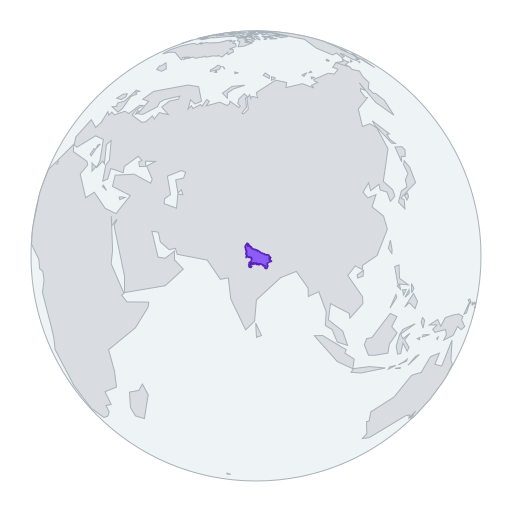 the Earth from above Uttar Pradesh
{"feature_id": "IND-3253", "entity_name": "Uttar Pradesh", "entity_type": "State", "adm_level": 1, "iso_a3": "IND", "parent_name": "India", "parent_adm1": "", "projection": "orthographic", "projection_center": [80.221, 27.157], "detail": "fine", "context": "on_globe", "style": "filled", "palette": "violet", "viewbox_px": 512, "rotation_deg": 0, "n_neighbors": 0, "source": "natural_earth", "source_scale": "10m", "svg_char_len": 15539}
<svg xmlns="http://www.w3.org/2000/svg" viewBox="0 0 512 512"><circle cx="256" cy="256" r="225" fill="#eef3f6" stroke="#a8b0b8"/><path d="M323.1,41.0L336.6,47.0L346.9,51.4L339.9,49.0L363.6,59.9L374.8,67.7L358.4,57.5L353.8,55.6L359.6,59.8L356.2,58.9L357.0,60.6L352.3,59.3L343.1,54.2L339.9,53.4L344.2,56.5L342.3,57.7L336.5,53.1L332.5,54.9L316.3,48.1L304.5,39.3L291.7,36.8L269.7,31.9L268.0,32.3L258.5,31.5L253.0,31.9L250.5,31.5L248.2,32.2L251.6,32.6L251.7,33.2L248.8,33.6L245.0,32.9L246.0,32.6L243.3,32.7L242.7,32.3L241.4,32.7L237.2,32.3L236.9,33.5L229.9,33.8L228.4,33.4L234.3,32.4L242.1,31.1L258.5,30.7L274.9,31.5L291.2,33.5L307.3,36.6L323.1,41.0ZM215.0,34.5L217.4,34.1L210.4,35.5L201.2,37.6L197.6,38.4L215.0,34.5ZM192.7,39.8L191.7,40.2L181.6,43.4L192.7,39.8ZM355.1,55.2L351.6,53.1L356.2,55.6L355.1,55.2ZM357.9,61.1L360.0,62.1L359.5,62.6L357.9,61.1ZM220.9,33.5L219.1,33.8L220.9,33.5ZM224.5,33.0L225.7,32.8L227.7,32.5L226.8,32.7L224.5,33.0ZM352.0,61.3L350.6,62.1L350.5,60.3L352.0,61.3ZM222.4,33.4L230.9,32.2L234.2,31.8L233.8,32.2L222.4,33.4ZM348.8,62.0L345.5,64.7L349.9,67.0L335.7,62.6L343.2,61.4L342.2,58.7L345.4,61.0L348.8,62.0ZM253.9,32.6L250.2,32.2L256.0,32.2L253.9,32.6ZM257.6,32.5L275.3,32.9L279.3,34.1L272.6,33.5L279.9,35.2L273.2,35.5L267.6,34.7L266.4,33.7L264.7,34.7L257.6,32.5ZM328.4,60.1L326.2,60.3L326.7,59.2L328.4,60.1ZM252.2,33.4L255.4,33.2L259.1,34.2L253.4,34.8L254.0,34.3L252.2,33.4ZM285.2,35.7L286.9,36.8L281.9,37.3L281.9,37.8L273.4,35.7L285.2,35.7ZM251.7,34.3L250.3,35.2L245.9,35.2L249.3,33.8L251.7,34.3ZM262.5,34.2L264.0,34.8L261.3,34.6L262.5,34.2ZM229.4,36.7L233.2,35.9L235.5,36.3L229.4,36.7ZM250.1,35.6L251.7,35.6L253.0,35.7L251.2,36.4L250.1,35.6ZM270.5,36.4L268.0,36.5L273.7,37.2L270.2,38.0L265.1,36.5L265.8,37.4L264.8,37.7L261.8,36.3L270.5,36.4ZM253.4,37.7L245.7,36.7L238.2,37.7L236.0,37.3L248.5,35.9L253.4,37.7ZM258.6,37.0L254.8,37.3L254.0,36.4L256.0,35.7L258.6,37.0ZM269.6,39.1L276.3,38.3L277.2,38.7L269.6,39.1ZM251.3,38.1L253.2,38.4L250.9,38.3L251.3,38.1ZM264.2,38.9L266.4,38.5L267.4,38.9L264.2,38.9ZM255.1,39.5L252.7,39.0L254.0,38.4L255.1,39.5ZM259.4,39.3L260.2,40.0L255.9,38.5L260.3,39.0L259.4,39.3ZM264.7,39.4L266.0,39.5L263.6,39.5L264.7,39.4ZM251.6,42.4L245.9,40.6L248.8,39.0L253.9,41.0L251.6,42.4ZM40.2,191.2L43.2,182.9L48.6,169.3L73.6,144.5L73.5,151.7L87.0,161.4L87.7,165.0L80.2,173.9L85.6,197.8L94.3,192.2L105.1,208.3L116.0,213.6L130.3,195.6L112.5,186.4L115.2,175.2L134.2,174.2L150.6,183.2L152.2,179.2L146.7,166.1L155.5,161.4L145.4,161.2L145.8,166.3L139.5,166.6L138.7,162.0L141.9,160.3L138.3,156.3L124.3,166.4L123.2,172.7L110.8,168.5L107.8,178.9L102.7,181.2L105.9,164.8L109.4,160.2L111.2,140.4L106.4,144.6L104.4,163.9L102.8,161.1L96.3,168.0L100.0,160.5L103.4,139.4L95.6,135.8L76.9,147.2L74.2,144.7L75.8,137.0L91.3,119.7L95.7,127.5L101.3,122.4L107.9,111.6L108.7,115.2L111.9,112.0L114.3,114.9L125.0,111.2L128.6,113.6L139.9,105.2L143.2,105.6L135.6,110.3L132.2,115.2L141.9,122.4L145.8,121.7L152.4,115.9L154.2,119.1L159.4,112.6L168.4,114.6L161.7,107.1L169.2,101.2L178.5,99.1L179.8,96.1L164.6,99.6L159.6,102.4L157.3,106.8L142.8,114.4L137.9,113.7L148.6,101.3L142.8,99.2L153.6,91.4L188.0,85.0L198.7,86.7L201.5,101.4L194.9,104.0L190.6,99.8L188.0,109.1L191.4,105.7L192.9,108.6L200.5,104.5L201.9,106.4L206.7,99.5L209.4,101.4L206.3,105.8L219.7,102.2L227.1,105.5L229.5,103.8L229.9,101.2L238.9,107.6L240.3,106.2L237.8,103.4L238.9,98.9L244.3,93.8L247.1,96.3L245.5,98.4L246.5,107.2L241.9,113.2L243.7,113.8L248.3,109.2L247.1,98.4L249.6,94.7L251.1,99.4L250.7,97.4L252.8,96.4L257.6,97.8L256.3,92.6L275.6,80.2L286.7,82.5L285.9,87.6L302.4,83.7L313.7,88.0L311.4,85.3L317.7,82.4L314.3,81.0L313.7,79.5L328.4,73.2L334.1,74.1L337.9,69.7L336.7,68.5L332.7,67.4L335.7,62.6L349.9,67.0L351.8,69.4L359.4,71.0L362.8,76.6L369.0,82.5L368.3,88.6L373.4,93.3L375.8,93.5L384.4,100.4L393.9,115.2L375.6,102.3L359.3,82.9L365.1,90.3L360.6,88.6L360.7,91.4L365.1,97.1L367.5,97.7L358.3,109.0L362.4,126.5L369.8,123.8L376.8,127.9L388.0,148.7L383.3,181.4L392.7,189.7L394.9,196.1L390.3,201.4L387.0,192.1L380.2,190.0L379.0,184.3L370.6,190.7L368.6,182.9L363.0,192.2L367.8,197.8L376.0,194.6L372.1,206.9L383.5,216.0L387.4,229.1L377.1,255.4L362.7,265.3L362.3,269.6L355.2,265.9L347.8,275.5L362.6,296.8L362.9,303.6L349.9,318.2L349.3,313.4L330.5,303.6L328.4,319.8L342.7,331.1L347.6,345.4L337.3,342.1L332.1,329.5L325.4,325.6L326.2,311.8L318.8,291.7L308.3,296.5L308.1,288.1L296.3,271.4L280.7,277.6L256.4,300.0L254.6,321.1L245.6,329.9L230.8,299.0L228.3,277.9L220.4,279.3L207.3,260.1L177.3,254.3L175.3,248.3L169.2,249.7L160.4,242.0L158.3,232.2L151.9,231.2L158.0,257.0L165.2,258.3L174.4,251.1L174.5,259.8L183.3,269.1L165.2,285.7L124.5,292.6L124.5,276.2L114.0,225.2L116.5,220.8L116.6,220.2L116.8,219.2L111.7,225.9L111.3,216.1L112.6,250.2L111.1,263.6L123.9,293.3L121.7,295.1L127.0,301.9L148.8,302.1L148.1,307.2L135.4,327.8L108.6,349.7L114.5,371.1L116.5,387.1L105.0,391.7L111.2,404.6L106.0,405.4L109.2,411.9L107.9,416.0L104.0,417.5L91.6,408.6L86.7,402.3L74.2,386.0L55.1,349.5L53.8,337.8L51.0,325.6L42.5,292.6L44.0,279.7L42.8,271.5L39.7,268.8L38.8,259.0L37.3,256.2L31.5,244.0L32.5,228.6L39.6,193.4L40.2,191.2ZM58.7,161.0L56.5,164.7L58.7,161.0ZM164.0,203.6L176.5,208.2L177.9,193.9L182.8,194.7L181.4,189.8L177.9,192.9L175.7,179.9L183.6,178.0L185.6,172.3L181.5,170.5L167.4,176.2L170.5,194.5L164.6,198.8L164.0,203.6ZM127.3,93.8L125.7,97.0L121.2,99.6L116.7,98.2L123.2,94.2L127.3,93.8ZM124.5,101.1L136.3,90.2L139.6,91.2L135.7,92.3L136.7,94.1L130.8,96.5L122.3,108.8L117.8,112.1L112.0,106.7L116.4,106.4L117.7,103.0L124.5,101.1ZM160.8,66.0L166.0,62.8L166.3,68.9L161.5,71.3L156.7,69.5L159.6,65.8L160.8,66.0ZM220.1,35.0L222.0,34.5L223.1,34.5L222.3,35.0L220.1,35.0ZM231.0,36.3L212.6,37.9L213.9,37.2L201.6,39.8L200.2,39.1L208.3,37.3L198.0,39.1L204.7,37.2L197.3,38.8L215.4,34.9L221.0,33.8L215.2,35.2L216.3,35.8L218.5,35.7L228.8,34.8L241.5,33.3L244.6,34.2L243.4,35.2L240.8,35.7L239.6,34.9L237.1,36.1L233.4,35.4L231.0,36.3ZM228.0,54.7L227.7,52.2L221.9,57.2L218.2,55.4L217.8,56.1L212.7,55.9L205.9,57.2L205.0,56.1L202.7,57.1L199.3,57.3L195.9,58.4L193.2,57.0L188.7,58.3L190.0,56.9L183.0,59.8L187.0,57.1L183.0,57.4L181.3,59.9L175.0,52.3L169.3,52.2L162.5,53.9L170.1,49.8L181.5,45.9L193.4,43.4L197.7,44.5L200.4,42.8L203.3,43.0L200.0,44.3L206.8,42.4L208.3,43.0L218.9,42.6L227.8,40.3L231.9,40.3L229.2,41.6L235.2,40.8L232.8,43.3L235.7,43.5L236.1,46.5L229.2,49.2L232.9,49.3L233.5,51.9L228.0,54.7ZM251.5,43.2L244.0,46.2L238.2,46.8L239.8,41.5L237.5,40.9L238.3,38.2L246.6,37.5L245.6,38.2L246.6,38.9L243.6,38.8L246.7,39.4L245.4,40.6L247.5,41.5L244.5,42.1L251.5,43.2ZM92.1,163.0L93.3,164.8L96.0,166.5L92.0,171.2L92.1,163.0ZM94.1,148.5L95.7,149.1L91.3,155.9L90.1,154.3L94.1,148.5ZM100.4,144.0L96.2,148.6L97.7,145.1L100.4,144.0ZM137.5,110.7L139.7,111.2L138.4,112.8L135.5,114.3L137.5,110.7ZM210.2,71.5L210.9,69.4L212.4,69.2L218.0,65.2L221.2,66.6L219.1,69.5L210.2,71.5ZM125.1,197.5L119.8,199.7L119.1,197.1L121.1,196.8L125.1,197.5ZM103.4,185.1L106.6,190.5L102.3,186.3L103.4,185.1ZM214.6,72.3L216.5,70.4L216.9,72.3L214.6,72.3ZM223.9,67.4L225.0,69.3L222.3,66.3L223.9,67.4ZM226.9,473.1L230.9,474.4L227.1,474.1L226.9,473.1ZM148.2,394.8L144.4,418.6L135.5,415.9L130.4,407.4L129.5,392.1L138.8,390.4L142.4,384.0L148.2,394.8ZM395.0,368.4L400.3,367.6L400.0,368.6L395.0,368.4ZM389.7,366.9L395.9,365.4L388.4,369.1L389.7,366.9ZM398.2,364.9L404.5,361.3L407.2,359.1L406.6,361.0L398.2,364.9ZM385.4,368.0L361.0,373.0L351.0,372.3L353.6,368.6L369.7,366.6L385.4,368.0ZM352.8,368.7L337.3,361.6L314.3,335.7L322.6,335.5L346.3,349.8L344.8,353.0L354.2,359.1L352.8,368.7ZM389.4,344.0L387.9,353.1L374.7,355.3L368.5,355.2L364.3,344.7L366.7,338.5L371.8,337.7L390.3,313.4L397.0,316.7L391.7,326.6L397.1,333.0L389.4,344.0ZM255.7,323.1L261.5,335.5L256.5,337.4L255.7,323.1ZM396.8,297.3L390.0,308.1L395.9,294.5L396.8,297.3ZM399.6,285.0L400.6,289.4L397.1,285.8L399.6,285.0ZM363.1,276.1L357.7,278.1L357.1,274.9L363.6,270.3L363.1,276.1ZM390.4,240.2L392.1,249.9L391.8,253.5L388.4,248.2L390.4,240.2ZM244.8,85.2L233.4,88.9L227.4,93.2L227.3,98.1L222.5,93.2L231.9,86.4L244.8,85.2ZM271.5,80.3L271.5,76.7L274.7,77.6L275.2,78.6L271.5,80.3ZM269.2,78.5L263.2,75.3L265.3,72.9L269.6,75.9L269.2,78.5ZM238.5,72.8L234.9,73.6L234.7,72.0L238.5,72.8ZM416.2,414.3L416.9,413.7L413.0,417.5L410.3,419.4L413.6,414.2L409.6,417.9L415.7,411.1L408.8,418.1L409.6,414.9L405.5,415.8L369.0,437.7L362.4,438.5L366.9,433.6L366.5,421.6L369.0,421.2L370.9,411.8L394.1,397.0L411.7,375.2L421.2,372.4L430.5,356.6L439.4,353.1L434.9,364.4L441.8,366.0L452.0,340.1L450.9,360.4L452.3,364.1L446.4,376.4L441.7,383.5L429.7,399.5L416.2,414.3ZM474.8,308.6L475.3,306.7L475.2,307.4L474.8,308.6ZM407.9,365.3L415.6,356.4L419.3,354.5L407.9,365.3ZM475.0,306.9L474.3,308.2L474.6,306.7L475.0,306.9ZM475.5,303.7L475.8,302.0L475.5,305.4L475.5,303.7ZM474.7,302.5L475.2,303.9L474.5,303.1L474.7,302.5ZM474.0,304.0L473.3,303.8L473.4,303.2L474.0,304.0ZM461.6,319.8L464.7,326.6L461.2,329.7L457.6,326.5L453.0,335.5L443.7,340.1L446.4,334.9L445.6,329.5L434.9,332.4L432.7,329.4L436.9,324.9L429.3,325.0L437.7,319.5L440.8,326.3L445.3,317.6L452.4,315.2L458.6,313.9L462.9,316.5L461.6,319.8ZM437.0,337.7L438.3,337.1L436.9,340.1L437.0,337.7ZM472.0,301.7L473.0,303.9L472.7,305.1L472.1,305.3L472.0,301.7ZM464.0,314.2L468.8,303.4L469.8,302.6L466.4,313.0L464.0,314.2ZM468.0,300.0L469.9,299.0L470.7,301.8L470.2,303.3L468.0,300.0ZM419.9,337.3L419.5,339.7L417.2,338.7L419.9,337.3ZM423.0,334.8L429.7,334.6L422.3,337.0L423.0,334.8ZM400.7,334.0L402.9,338.8L410.0,333.2L404.6,339.9L409.0,347.4L407.2,351.2L402.9,343.0L400.8,353.5L397.6,354.2L396.2,346.1L399.6,334.7L402.8,329.4L415.3,323.7L400.7,334.0ZM423.1,328.1L421.2,322.3L422.5,317.5L424.6,320.2L423.1,328.1ZM415.0,308.6L409.3,302.7L404.7,307.1L413.5,293.4L417.6,301.4L415.0,308.6ZM409.3,293.3L405.0,297.3L409.1,289.7L409.3,293.3ZM403.6,295.1L402.5,289.9L406.2,289.5L403.6,295.1ZM411.7,292.8L411.5,283.5L413.9,288.3L411.7,292.8ZM399.5,278.3L408.4,284.9L397.8,284.0L394.7,266.5L399.0,264.9L399.5,278.3ZM407.0,200.0L404.5,195.4L407.6,193.0L408.5,196.8L407.0,200.0ZM415.6,182.6L407.6,190.9L400.9,198.2L404.2,199.7L404.9,208.8L398.5,202.1L401.4,190.9L407.0,187.0L405.4,179.7L408.0,173.4L403.7,165.1L404.1,160.7L409.7,167.2L415.6,182.6ZM401.6,161.8L395.0,147.0L402.0,146.7L405.1,149.9L405.1,156.6L401.4,156.3L401.6,161.8ZM395.4,143.5L391.7,143.2L374.3,124.6L372.3,120.8L389.4,133.9L386.8,134.5L389.9,139.4L395.4,143.5ZM328.2,61.4L326.4,60.4L328.9,60.9L328.2,61.4ZM311.6,78.8L311.2,76.9L314.2,77.4L311.6,78.8ZM311.7,72.2L308.6,73.0L310.7,71.1L311.7,72.2ZM302.0,75.0L306.8,72.8L303.9,76.5L302.0,75.0Z" fill="#d9dde1" stroke="#a8b0b8" stroke-width="1"/><path d="M264.5,253.8L264.7,254.0L264.7,254.5L264.8,254.6L265.3,254.6L265.7,254.8L266.2,254.8L266.5,254.9L266.6,255.1L266.8,255.1L267.0,255.0L266.9,254.7L267.0,254.6L267.7,254.7L268.7,255.1L268.8,255.1L268.8,255.3L269.0,255.5L269.0,255.8L269.3,256.2L269.3,256.4L269.5,256.7L269.8,256.9L270.0,256.8L270.1,257.0L270.1,257.3L270.3,257.4L270.7,257.7L270.6,257.8L269.6,257.8L269.5,258.1L269.2,258.2L269.2,258.3L269.1,258.2L269.0,258.5L269.3,258.5L269.6,258.7L270.0,258.8L269.9,259.0L270.0,259.2L269.3,259.4L269.3,259.5L269.6,259.9L269.9,260.1L270.0,260.2L270.1,260.3L270.1,260.5L270.3,260.6L270.7,260.5L271.0,260.8L271.5,261.1L271.5,261.3L271.2,261.5L270.9,261.4L270.7,261.2L270.5,261.3L270.5,261.6L270.4,261.7L270.2,261.7L270.1,261.4L269.9,261.4L269.0,262.3L267.2,263.4L267.1,263.6L267.0,264.0L267.2,264.3L267.2,264.8L267.5,265.2L267.8,265.3L267.8,265.5L267.7,265.6L267.8,265.8L267.8,266.2L267.5,266.2L267.4,266.3L267.4,266.5L267.6,266.9L267.1,267.9L266.9,268.1L266.9,268.3L266.8,268.5L266.4,268.6L265.8,268.6L265.4,268.3L265.0,268.1L265.0,267.9L264.8,267.6L265.0,267.5L265.1,267.0L265.1,266.7L265.0,266.1L265.3,266.0L265.1,265.7L264.9,265.6L264.5,265.6L263.9,265.5L263.8,265.8L263.5,265.9L263.5,265.6L263.3,265.5L263.3,265.2L263.2,265.4L263.1,265.0L262.8,265.2L262.5,265.0L262.2,264.9L261.9,264.7L261.8,264.3L261.7,264.3L261.4,264.3L261.3,264.2L260.8,264.1L260.7,263.7L260.3,263.8L260.4,264.0L260.1,264.0L260.1,263.8L259.6,263.8L259.6,264.1L259.4,264.4L259.4,264.6L259.2,264.7L259.1,264.8L258.8,264.6L258.6,264.7L258.4,264.5L258.1,264.6L257.9,264.5L258.1,264.1L258.3,263.7L258.2,263.6L258.0,263.8L257.6,263.9L257.8,264.1L257.5,264.2L257.2,263.9L257.2,264.1L256.8,264.0L257.0,264.3L256.9,264.4L256.7,264.2L256.7,264.4L256.3,264.4L256.2,264.3L256.2,264.1L256.3,264.1L256.7,263.7L256.4,263.3L256.3,263.0L256.2,262.8L255.9,262.8L255.7,263.1L254.9,263.5L254.6,263.5L254.7,263.8L254.5,264.0L254.4,263.9L254.0,263.9L253.6,263.8L253.4,264.1L253.2,263.9L253.0,264.2L252.9,264.2L252.9,263.9L253.2,263.3L252.9,263.4L252.8,263.5L252.7,263.4L252.8,263.1L252.6,263.2L252.6,263.3L252.7,263.7L252.7,263.8L252.3,263.7L252.1,263.9L252.0,263.7L251.7,263.8L251.7,263.6L251.8,263.4L251.7,263.3L251.6,263.6L251.4,263.6L251.3,263.8L251.2,263.7L251.4,263.3L251.5,262.8L251.5,262.7L251.3,262.7L251.3,262.3L251.2,262.5L251.1,262.8L250.9,262.4L250.7,262.5L250.8,262.8L250.7,263.1L250.4,262.8L250.2,262.8L250.2,263.0L249.9,263.4L250.1,263.6L250.3,264.0L250.4,264.7L250.7,265.0L250.7,265.5L250.6,265.8L251.0,265.8L251.4,266.3L251.3,266.5L251.6,266.5L251.3,267.0L251.1,267.3L250.9,267.5L250.8,267.4L250.7,267.3L250.4,267.2L249.8,266.7L249.7,266.8L249.6,267.1L249.4,267.2L249.2,267.0L249.3,266.8L249.0,266.6L248.9,266.3L249.0,265.9L248.9,265.2L248.7,264.9L249.2,264.4L249.3,264.2L249.4,263.7L249.0,262.9L249.3,262.6L249.4,262.3L249.8,262.2L250.1,262.2L250.8,261.9L250.7,261.4L251.0,261.1L251.5,260.1L251.4,260.0L251.4,259.8L251.5,259.7L251.8,259.4L251.9,259.2L251.9,258.8L251.6,258.2L251.5,257.7L251.2,257.8L251.0,257.5L250.9,257.5L250.8,257.4L250.7,257.5L250.7,257.4L250.2,257.5L249.8,257.4L249.7,257.3L249.6,257.2L249.4,257.1L249.2,257.1L249.1,257.3L248.9,257.3L248.8,257.1L249.1,256.9L248.8,256.8L248.6,256.8L248.4,256.9L248.3,257.1L248.1,256.9L247.8,256.9L247.7,256.9L247.2,256.8L247.0,257.0L246.5,257.2L246.4,257.2L246.2,257.4L246.1,257.1L247.2,256.6L247.2,256.4L247.1,256.5L247.0,256.3L246.9,256.4L246.7,256.4L246.5,256.2L246.8,256.0L246.8,255.9L247.0,255.7L246.9,255.4L246.9,255.2L246.7,255.2L246.3,254.9L246.2,254.7L246.0,254.3L246.0,254.1L245.9,254.1L245.9,253.9L245.8,253.7L245.8,253.3L246.3,253.0L246.7,252.8L246.6,252.5L246.5,252.4L246.5,252.1L246.7,251.9L246.7,251.6L246.5,251.4L246.6,251.0L246.5,250.9L246.3,250.9L246.3,250.7L246.2,250.8L246.2,250.7L245.9,250.3L246.1,250.1L246.0,249.8L245.7,249.5L245.6,249.3L245.7,249.2L245.5,248.8L245.6,248.6L245.4,248.2L245.4,247.5L245.5,247.4L245.4,247.2L245.5,247.0L245.2,246.9L245.4,246.7L245.2,246.6L245.2,246.4L245.3,246.3L245.3,246.0L245.4,245.9L245.5,245.8L245.5,245.6L245.8,244.8L246.0,244.6L246.4,244.3L246.5,244.1L247.0,243.6L247.1,243.2L247.3,243.2L247.6,243.5L248.3,243.9L247.9,244.2L247.6,244.8L247.6,245.3L247.7,245.8L247.8,246.1L248.3,245.8L248.8,246.1L249.1,245.9L249.0,245.1L249.4,245.2L249.7,245.7L250.1,245.9L250.4,246.4L250.6,246.6L251.2,246.9L251.5,247.1L251.3,247.4L251.2,247.4L251.1,247.5L250.9,247.5L251.4,247.9L251.5,248.0L251.5,248.3L252.0,248.1L252.3,248.3L252.4,248.5L252.8,248.9L253.1,248.9L253.2,249.1L253.3,249.3L253.6,249.2L253.9,249.3L254.0,249.3L254.4,249.2L254.6,249.2L254.7,249.3L254.7,249.5L254.9,249.5L255.0,249.6L255.1,249.8L255.3,249.7L255.5,249.5L255.8,249.7L256.0,249.8L256.2,250.0L256.4,250.2L256.6,250.2L256.9,250.5L256.9,250.1L257.0,250.0L257.4,250.2L257.6,250.4L257.7,250.5L257.9,250.7L258.3,250.7L258.4,250.9L258.6,251.0L259.3,251.3L259.5,251.7L259.7,252.0L259.9,252.1L260.1,252.0L260.3,252.4L260.7,252.6L260.8,252.7L261.1,252.8L261.7,253.2L261.8,253.2L262.1,253.0L262.3,253.0L263.4,253.7L263.6,253.9L264.5,253.8Z" fill="#8b5cf6" stroke="#5b21b6" stroke-width="1.5"/></svg>